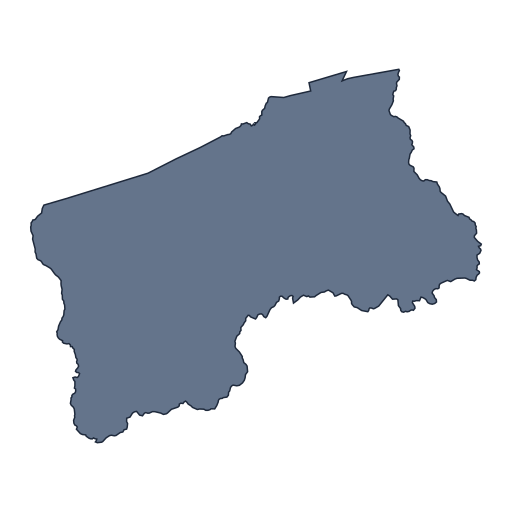 the district of Tongaren, Western, Kenya
{"feature_id": "3690345B81576383525982", "entity_name": "Tongaren", "entity_type": "district", "adm_level": 2, "iso_a3": "KEN", "parent_name": "Kenya", "parent_adm1": "Western", "projection": "albers", "projection_center": [34.939, 0.777], "detail": "fine", "context": "isolated", "style": "filled", "palette": "slate", "viewbox_px": 512, "rotation_deg": 0, "n_neighbors": 0, "source": "geoboundaries", "source_scale": "gbopen_adm2", "svg_char_len": 5978}
<svg xmlns="http://www.w3.org/2000/svg" viewBox="0 0 512 512"><path d="M61.1,280.6L61.0,283.9L61.2,285.8L62.1,289.4L61.6,293.4L62.3,295.1L62.4,299.2L63.8,301.1L63.9,303.3L64.6,304.9L64.9,309.1L64.1,310.7L63.8,314.8L63.2,316.5L62.0,318.1L61.8,320.0L60.5,321.7L58.6,326.1L58.0,329.7L56.7,331.8L57.2,333.1L57.1,334.6L57.4,336.3L58.3,337.9L59.7,339.3L62.6,340.7L62.4,342.0L63.6,343.2L66.9,343.9L69.0,343.6L70.3,344.8L70.5,346.6L72.2,346.6L72.9,348.1L74.3,349.4L74.2,351.4L75.4,354.7L75.9,357.7L76.8,358.7L77.2,360.0L76.6,361.6L76.8,363.1L78.1,364.3L78.6,366.2L77.8,367.8L75.9,370.0L75.5,371.4L76.9,372.5L78.5,372.6L79.6,373.6L78.4,376.5L77.2,377.5L75.1,377.0L72.9,377.7L73.7,380.0L74.9,381.5L74.9,385.9L74.4,388.1L75.6,389.0L75.7,390.7L75.5,392.0L74.6,393.3L72.8,394.2L71.9,395.4L71.9,396.9L71.0,398.0L71.1,399.6L70.4,403.4L71.3,405.3L73.1,406.9L74.2,408.7L74.4,410.1L74.9,414.4L74.5,415.8L74.8,417.2L73.6,420.3L73.9,423.2L74.8,425.0L76.4,425.8L77.3,427.1L76.4,429.2L80.4,433.6L82.4,434.5L85.7,434.9L86.2,436.2L89.0,438.2L90.6,438.8L92.3,438.9L93.5,437.9L94.9,438.7L96.8,439.1L96.3,440.7L95.4,441.9L97.3,442.7L101.6,442.2L102.7,441.6L106.2,437.8L109.6,435.6L111.4,435.2L114.3,435.8L116.0,435.5L120.3,432.5L122.8,432.0L124.1,429.7L126.6,429.1L127.2,427.2L127.6,423.5L126.6,421.6L126.7,418.2L130.0,417.1L132.5,413.1L134.5,411.8L136.6,411.4L139.6,415.1L142.5,415.8L144.4,413.2L145.8,412.6L147.7,413.2L149.3,413.1L152.5,411.6L155.0,411.7L160.8,413.1L163.4,414.4L166.3,413.8L167.4,413.1L171.4,409.3L177.9,407.1L179.2,405.9L179.3,404.1L180.8,403.2L183.0,403.5L184.0,402.1L185.5,401.1L186.7,402.0L188.2,404.1L191.1,405.9L192.5,407.4L197.4,409.5L199.6,409.0L203.9,409.2L205.7,410.3L208.0,410.3L209.9,409.7L211.1,408.8L214.7,408.9L216.8,405.5L218.2,402.0L218.4,400.4L219.2,399.2L220.5,398.5L222.2,398.4L223.3,397.6L226.9,397.1L228.4,395.2L228.6,392.2L229.7,390.9L230.5,387.5L231.7,385.9L233.1,385.1L236.7,385.8L239.4,385.3L242.5,382.9L244.3,380.3L245.1,377.8L245.5,374.6L247.6,371.7L247.1,366.1L245.9,364.3L243.8,362.6L243.1,359.6L242.2,357.8L242.3,356.5L239.4,352.0L235.7,348.3L235.0,346.4L235.4,343.1L234.9,341.3L236.8,336.2L239.7,333.6L239.8,331.8L241.0,330.4L240.8,327.5L243.3,324.7L244.1,322.9L245.7,320.8L245.7,318.4L248.1,315.3L249.5,315.5L250.4,316.8L255.5,319.0L256.6,317.6L258.0,314.7L259.8,314.0L261.6,313.9L262.8,314.9L263.8,316.6L265.7,317.7L266.9,316.4L270.0,309.6L271.5,307.7L273.7,306.7L274.9,305.5L276.5,302.4L278.7,301.0L279.3,299.0L279.4,297.1L280.5,296.2L282.0,296.2L284.3,298.3L286.1,299.2L287.8,299.0L288.1,297.4L289.1,296.5L290.4,295.7L291.9,295.5L293.1,296.4L292.6,298.2L293.5,303.1L297.8,299.9L300.5,297.0L303.5,295.2L306.8,296.6L308.4,295.9L309.9,297.1L314.6,296.8L316.0,295.6L321.1,292.4L324.4,292.0L326.4,290.8L328.4,290.1L333.0,292.8L334.8,296.1L336.2,295.9L341.4,293.4L343.0,293.3L344.9,294.3L346.7,294.8L347.9,295.5L351.0,300.2L351.6,301.6L351.5,303.2L352.1,304.5L354.2,306.9L357.2,307.6L361.6,310.5L367.8,311.7L368.7,310.5L369.0,309.0L369.9,307.9L371.8,308.1L373.3,308.8L374.5,308.5L378.7,306.1L387.8,294.8L389.8,296.1L392.5,299.2L396.6,298.9L397.9,299.8L398.4,305.6L400.6,308.6L400.7,310.2L401.7,311.7L403.6,312.2L405.6,311.3L407.1,311.8L409.1,311.4L410.6,310.3L412.0,309.9L413.4,310.3L415.0,308.2L414.7,306.3L412.4,302.7L412.7,301.1L414.6,301.2L416.1,300.6L419.5,300.7L421.0,297.1L422.9,297.6L424.8,298.7L426.0,299.6L427.8,302.6L429.8,303.7L432.3,304.2L434.7,303.5L436.5,302.0L436.3,299.6L434.5,297.5L434.1,295.8L432.1,293.0L432.6,291.2L434.1,289.5L435.9,288.6L437.8,288.8L439.1,287.9L439.1,286.3L439.5,284.4L441.0,283.2L447.3,280.4L450.7,281.6L454.9,279.1L457.0,278.3L464.9,278.0L466.3,278.4L469.9,280.2L472.8,280.3L474.3,281.0L475.8,279.7L476.1,277.3L477.2,275.1L478.7,274.0L479.5,272.9L479.3,271.6L476.5,269.7L477.1,267.8L477.0,266.0L477.9,264.8L479.3,263.9L479.2,262.0L477.6,260.0L477.0,257.4L477.0,255.1L479.7,253.3L481.0,250.4L480.6,249.1L479.2,247.8L478.5,246.3L480.7,245.7L481.3,244.1L477.7,241.4L474.3,237.4L474.4,235.8L476.6,233.2L476.4,229.9L475.8,228.1L476.2,226.6L475.3,225.0L475.1,223.0L473.7,221.5L472.2,221.2L471.1,219.9L469.6,218.9L469.0,217.3L464.4,215.5L463.2,214.2L461.7,213.6L458.7,214.0L458.0,215.5L455.0,213.2L453.6,212.0L449.8,204.0L447.5,201.2L445.6,196.1L441.0,192.4L440.2,191.4L439.9,188.5L439.3,186.9L437.4,184.0L436.8,182.0L433.0,181.6L431.2,180.7L429.2,180.5L427.3,179.7L425.3,179.7L423.8,181.0L422.2,180.8L420.4,179.8L419.1,178.3L417.2,174.8L413.9,171.5L414.0,168.2L413.3,166.9L409.9,165.2L409.0,164.2L408.6,162.7L408.8,159.7L409.3,158.4L410.0,154.2L411.3,152.2L412.3,150.0L414.0,148.8L413.8,147.0L411.8,144.7L412.4,143.1L412.5,141.5L411.8,140.3L410.4,139.4L410.0,137.7L410.7,135.7L410.0,133.9L410.1,130.0L408.7,126.6L406.2,125.4L405.4,123.6L404.2,122.6L403.5,121.2L398.1,118.0L396.9,116.9L395.3,116.4L393.8,116.7L391.2,115.3L390.3,114.3L389.0,110.6L389.3,109.1L391.9,104.7L393.4,100.8L393.1,99.1L393.7,95.9L392.8,94.6L393.2,92.8L393.8,91.2L395.5,90.7L396.3,89.3L396.3,87.6L397.0,85.8L396.5,83.7L396.7,82.2L399.3,79.4L399.4,77.1L398.4,76.2L397.9,74.5L398.5,72.3L399.4,70.6L398.8,69.3L353.6,77.4L347.7,78.7L342.1,80.9L346.5,71.5L309.0,82.7L310.7,91.0L290.4,95.6L283.8,97.5L271.1,96.6L269.6,97.1L268.5,98.1L267.4,102.5L266.3,103.2L265.2,105.8L264.6,108.4L262.4,110.3L261.8,111.6L261.8,115.1L260.5,115.7L259.5,116.7L259.6,118.9L256.8,122.7L254.9,122.8L255.5,123.9L254.6,125.1L253.4,124.1L252.7,125.3L251.3,125.9L250.2,124.1L248.2,123.7L246.8,122.6L242.9,124.0L241.4,123.9L241.0,125.5L239.5,127.0L235.6,128.5L231.6,132.0L230.8,133.7L229.3,134.4L227.6,134.6L223.8,135.9L222.0,135.8L220.6,136.9L200.0,147.6L176.2,158.8L148.0,173.2L65.8,198.7L43.9,205.1L42.3,208.5L41.6,213.0L37.6,216.2L35.4,219.3L34.3,219.8L32.8,220.0L32.3,221.4L31.1,222.9L31.2,225.3L30.7,227.0L31.0,231.1L33.1,235.7L32.6,239.1L35.2,249.0L35.1,252.0L36.0,253.9L36.7,258.2L37.9,259.6L40.7,260.8L42.0,262.4L42.7,263.8L44.1,264.9L45.6,265.4L49.7,267.8L51.2,269.0L54.5,273.6L55.6,274.9L58.4,277.0L61.1,280.6Z" fill="#64748b" stroke="#1e293b" stroke-width="1.5"/></svg>